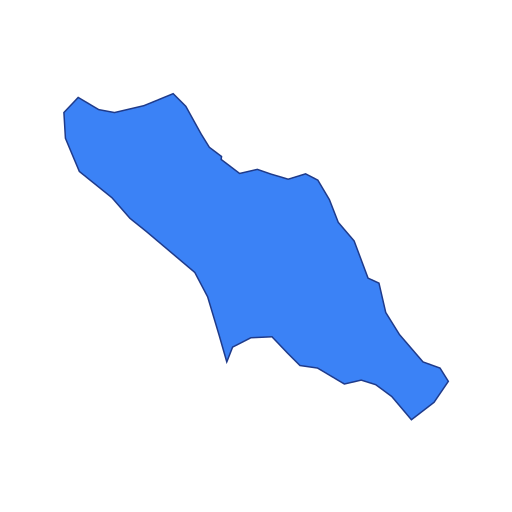 the district of Ale, Västra Götaland, Sweden, rotated 257°
{"feature_id": "70781695B73988580655611", "entity_name": "Ale", "entity_type": "district", "adm_level": 2, "iso_a3": "SWE", "parent_name": "Sweden", "parent_adm1": "Västra Götaland", "projection": "natural_earth1", "projection_center": [12.255, 57.976], "detail": "fine", "context": "isolated", "style": "filled", "palette": "blue", "viewbox_px": 512, "rotation_deg": 257, "n_neighbors": 0, "source": "geoboundaries", "source_scale": "gbopen_adm2", "svg_char_len": 812}
<svg xmlns="http://www.w3.org/2000/svg" viewBox="0 0 512 512"><g transform="rotate(257 256 256)"><path d="M61.5,370.6L73.4,396.6L90.6,415.2L105.4,410.1L115.2,394.9L147.2,378.1L171.8,369.7L201.9,369.7L209.2,360.2L248.6,355.0L270.3,343.7L294.4,340.2L316.0,333.3L324.9,322.8L323.6,304.6L332.5,288.9L340.1,276.8L340.1,258.6L357.4,244.2L357.9,243.8L360.7,244.8L372.4,235.0L387.1,230.0L417.6,221.3L432.8,211.8L427.7,180.6L427.6,150.4L434.0,135.7L450.5,118.4L443.5,107.9L439.0,101.1L413.6,96.8L397.2,99.6L378.1,102.9L345.1,128.8L321.0,141.7L304.5,154.7L277.9,174.6L253.7,192.7L227.1,199.7L186.4,202.3L159.4,203.7L159.8,204.0L172.5,212.7L177.5,232.6L173.7,253.4L154.6,264.7L139.4,274.2L133.0,290.7L111.4,313.3L111.4,330.6L103.7,343.7L88.5,356.7L61.5,370.6Z" fill="#3b82f6" stroke="#1e3a8a" stroke-width="1.5"/></g></svg>